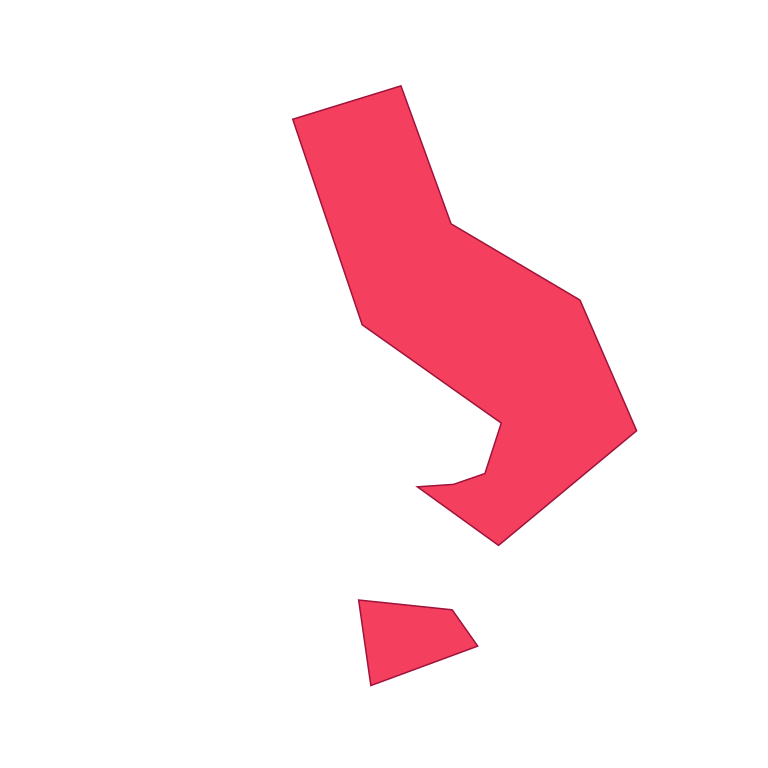 SVG path tracing the border of Va'a-o-Fonoti, rotated 222°
{"feature_id": "WSM-4988", "entity_name": "Va'a-o-Fonoti", "entity_type": "state/province", "adm_level": 1, "iso_a3": "WSM", "parent_name": "Samoa", "parent_adm1": "", "projection": "robinson", "projection_center": [-171.557, -13.938], "detail": "fine", "context": "isolated", "style": "filled", "palette": "rose", "viewbox_px": 768, "rotation_deg": 222, "n_neighbors": 0, "source": "natural_earth", "source_scale": "10m", "svg_char_len": 376}
<svg xmlns="http://www.w3.org/2000/svg" viewBox="0 0 768 768"><g transform="rotate(222 384 384)"><path d="M290.4,329.9L265.2,355.9L249.1,385.0L270.7,433.4L439.8,413.4L629.0,519.7L570.9,616.9L441.3,547.9L294.5,577.5L165.0,518.3L190.9,340.7L290.4,329.9ZM192.0,151.1L258.3,206.5L182.2,261.8L139.0,251.9L192.0,151.1Z" fill="#f43f5e" stroke="#9f1239" stroke-width="1.5"/></g></svg>